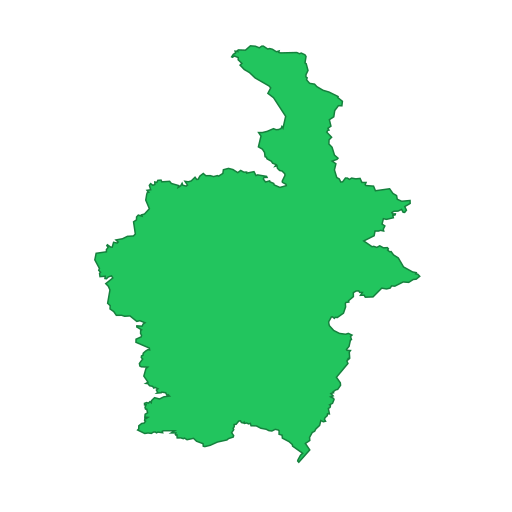 Santa María del Oro, Jalisco, Mexico, rotated 264°
{"feature_id": "50627088B36716860134326", "entity_name": "Santa María del Oro", "entity_type": "district", "adm_level": 2, "iso_a3": "MEX", "parent_name": "Mexico", "parent_adm1": "Jalisco", "projection": "equal_earth", "projection_center": [-102.836, 19.525], "detail": "fine", "context": "isolated", "style": "filled", "palette": "green", "viewbox_px": 512, "rotation_deg": 264, "n_neighbors": 0, "source": "geoboundaries", "source_scale": "gbopen_adm2", "svg_char_len": 6075}
<svg xmlns="http://www.w3.org/2000/svg" viewBox="0 0 512 512"><g transform="rotate(264 256 256)"><path d="M460.6,289.3L464.0,285.2L464.1,283.6L462.7,281.1L464.7,277.3L465.6,272.4L461.8,267.0L462.8,260.0L462.1,258.8L461.3,259.2L461.9,256.6L460.1,257.0L459.0,254.6L456.6,252.6L456.1,253.3L457.1,255.5L455.2,259.1L453.0,258.8L449.0,262.1L447.5,260.1L442.7,263.8L439.1,268.7L433.2,273.7L423.7,286.8L421.6,288.2L416.5,284.8L411.6,290.0L391.8,300.1L380.3,296.2L382.1,295.3L380.1,294.2L379.4,291.6L379.5,289.2L380.8,286.7L378.8,280.2L378.1,275.2L378.5,271.5L374.7,273.5L364.3,269.8L361.6,273.5L358.1,275.3L353.8,275.4L353.1,276.7L351.5,277.1L348.6,281.2L346.6,282.2L344.7,285.7L343.2,284.3L343.5,286.3L341.0,286.5L338.6,288.4L337.8,290.8L334.8,293.2L333.2,293.3L327.7,289.9L326.5,290.0L324.2,293.3L322.8,293.5L321.7,286.9L324.8,281.5L326.3,281.2L328.3,277.6L329.3,277.4L328.6,273.2L331.8,271.3L333.3,272.2L333.0,275.2L334.1,274.8L336.5,266.1L336.0,264.4L340.1,262.8L339.4,255.4L340.4,255.5L340.7,252.6L342.7,249.7L340.8,246.6L344.4,242.1L346.0,237.8L345.2,232.6L341.6,231.7L339.3,227.1L340.0,226.1L339.4,222.1L340.7,218.9L341.1,214.5L343.6,212.2L341.4,208.6L338.3,206.4L338.3,205.0L340.7,203.6L337.4,199.4L336.9,196.4L337.7,193.2L333.7,195.3L332.8,193.9L334.0,190.6L336.0,190.1L333.5,188.3L332.3,185.7L334.1,186.5L337.0,179.4L339.3,177.9L339.6,170.1L341.4,169.5L341.5,166.3L339.5,165.0L340.2,163.1L337.7,162.9L337.1,160.8L339.0,158.8L337.4,157.3L332.9,158.2L332.7,154.5L330.6,155.9L330.5,154.6L328.9,153.8L323.1,152.2L314.2,154.9L309.4,149.5L308.9,146.4L307.5,146.8L309.0,143.2L307.3,141.3L304.4,140.9L302.8,137.8L290.5,138.3L288.7,136.2L289.0,130.2L287.1,125.0L286.6,118.4L284.3,120.4L283.4,119.3L284.5,115.8L279.8,113.9L280.0,112.4L282.7,109.4L281.9,108.7L280.1,109.9L278.0,107.9L275.8,107.7L275.4,97.3L269.0,95.3L260.0,99.0L258.2,98.1L256.1,99.7L255.1,98.6L251.8,98.7L251.6,104.0L249.4,103.4L249.0,104.9L250.6,106.9L251.4,110.2L249.1,111.3L244.2,103.7L241.3,106.0L237.5,107.2L224.5,103.5L221.9,105.8L218.6,105.3L215.6,108.7L211.6,110.9L211.1,116.2L209.8,119.0L209.6,124.4L203.4,130.6L203.8,133.8L201.2,138.6L200.2,136.7L198.1,135.3L199.0,130.2L197.9,130.0L194.5,134.5L193.9,133.5L191.0,133.1L189.2,133.9L187.6,133.4L185.8,128.0L182.7,127.6L175.6,140.3L173.7,140.4L174.2,138.8L173.0,136.3L171.1,133.7L169.1,133.2L168.6,131.7L167.0,131.3L165.4,132.5L161.3,128.8L158.7,129.0L157.8,130.3L156.8,136.7L155.4,134.7L148.3,131.9L141.8,135.4L140.8,133.2L140.4,135.1L138.1,136.6L137.2,139.5L135.3,140.6L135.9,141.8L134.2,144.6L133.1,142.9L130.6,144.0L130.0,143.1L129.9,147.5L130.5,148.1L129.4,151.9L127.0,152.8L127.3,154.2L125.7,155.4L125.6,149.7L123.9,145.1L125.7,140.3L123.2,137.1L121.0,136.5L122.3,135.4L120.9,133.5L121.7,132.0L121.1,129.7L119.6,129.6L119.6,131.1L117.0,129.8L115.3,130.1L115.1,131.3L111.4,131.8L110.2,129.2L107.4,128.6L106.8,131.6L105.8,129.7L106.4,128.6L104.0,128.0L103.3,128.9L101.5,127.3L101.4,124.8L99.4,121.7L96.3,121.3L95.3,120.1L91.1,126.8L91.3,130.1L90.5,133.4L91.6,135.6L91.5,137.5L90.5,138.5L91.1,140.1L90.0,144.7L91.4,144.4L91.9,145.8L90.7,156.8L88.9,153.2L88.5,157.8L87.1,157.1L86.3,157.5L86.4,158.6L83.3,158.6L83.0,162.2L81.9,164.6L82.4,165.8L80.5,168.2L81.2,174.8L78.0,177.5L74.9,183.7L72.3,183.7L71.8,185.2L72.5,190.6L75.0,198.2L76.1,207.9L77.3,209.6L78.3,214.4L79.7,215.0L82.8,213.3L85.6,215.7L87.0,215.2L88.5,216.5L90.7,216.6L90.7,218.6L93.6,221.6L93.7,223.3L91.9,224.1L91.2,226.1L92.0,226.8L90.7,227.1L90.9,229.3L89.8,231.0L90.1,232.9L87.7,233.3L87.0,238.6L84.2,242.8L82.6,248.1L81.0,250.5L80.3,253.5L81.6,257.0L80.6,260.0L79.8,260.7L76.3,260.3L75.1,263.2L72.1,263.2L67.9,269.5L64.7,272.4L63.1,272.5L54.9,281.8L53.3,279.5L49.0,276.5L47.8,276.0L46.4,277.0L57.5,289.2L64.4,285.5L66.9,290.2L70.0,290.3L74.6,293.5L75.6,296.0L77.7,297.4L80.8,301.5L85.6,303.3L84.1,305.6L84.4,307.9L86.5,307.0L88.0,307.8L89.7,310.1L91.6,310.6L91.3,312.5L96.8,312.0L97.7,313.8L99.3,314.4L100.3,313.6L101.5,316.7L105.1,318.6L106.3,318.3L108.1,315.5L108.8,318.1L111.4,316.1L111.9,318.8L112.7,318.3L114.5,321.2L114.8,323.3L118.6,326.6L121.1,326.6L127.0,323.3L139.5,336.2L142.0,335.4L144.3,337.0L143.5,337.3L144.5,338.5L150.6,338.7L152.1,340.0L152.7,336.6L153.6,336.2L156.4,339.1L162.5,341.1L162.9,342.2L166.1,341.6L167.3,343.2L169.4,339.7L168.8,337.0L170.3,330.9L173.8,325.5L179.0,321.7L180.9,321.4L183.0,321.4L187.5,324.6L187.6,325.6L185.8,327.4L186.8,328.4L186.3,330.4L190.0,337.0L196.0,339.8L199.5,339.9L200.4,340.6L200.5,343.5L201.9,343.4L205.4,348.6L209.4,349.0L210.7,351.9L210.6,354.5L209.0,355.3L208.6,358.0L206.0,355.8L205.7,359.4L203.6,360.4L203.1,368.1L210.9,377.7L209.6,382.4L210.1,386.1L212.1,387.7L211.5,390.9L214.8,399.7L213.8,405.1L216.2,409.9L216.2,412.9L218.7,416.7L221.0,414.9L221.6,412.9L222.7,413.6L223.8,410.0L229.7,401.6L239.2,397.3L242.7,392.9L246.3,390.8L246.2,389.5L248.1,387.5L249.3,388.4L250.6,387.5L250.8,383.6L253.2,380.1L251.9,377.1L253.3,374.1L253.1,372.4L259.7,364.7L263.8,375.6L268.4,377.0L268.0,380.5L268.5,382.5L267.5,385.6L269.4,385.4L272.4,387.3L274.6,384.7L279.8,386.6L278.8,389.5L279.7,396.6L282.0,396.3L282.4,398.7L283.3,399.0L283.6,396.2L285.0,395.6L286.1,398.0L285.8,401.9L287.1,405.6L284.1,406.9L283.8,408.4L285.8,410.4L289.6,409.1L292.2,414.8L295.1,415.0L295.2,406.6L297.7,402.4L301.4,402.1L303.9,398.7L308.9,395.9L308.4,381.6L313.2,380.2L314.6,372.6L315.5,372.0L317.6,373.1L318.1,369.0L322.3,367.6L322.3,363.3L323.5,359.2L322.4,356.9L323.9,355.1L324.2,353.1L320.7,349.9L320.7,348.0L323.9,346.9L325.6,344.5L333.4,343.0L339.4,345.1L342.4,341.6L343.6,346.6L344.7,347.8L348.1,344.6L356.2,343.0L359.8,340.2L363.9,340.8L366.2,343.6L371.8,339.3L373.5,340.5L373.6,341.7L375.5,340.9L377.3,344.1L383.9,343.2L386.3,347.9L392.4,349.5L396.9,353.7L396.4,357.1L400.8,358.1L405.0,353.9L406.0,354.3L411.4,345.8L413.8,340.0L418.1,334.2L420.8,332.2L422.1,327.4L425.9,324.7L427.9,325.5L429.0,324.3L431.2,324.7L435.1,327.1L442.0,326.0L442.9,324.9L449.2,326.6L451.0,325.7L453.1,322.2L452.6,320.4L454.1,317.8L455.4,301.6L456.1,299.9L457.5,300.4L457.0,297.6L459.9,293.9L460.9,291.2L460.6,289.3Z" fill="#22c55e" stroke="#15803d" stroke-width="1.5"/></g></svg>